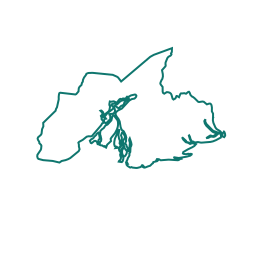 map outline of Delta Amacuro (orthographic projection), rotated 137°
{"feature_id": "VEN-65", "entity_name": "Delta Amacuro", "entity_type": "State", "adm_level": 1, "iso_a3": "VEN", "parent_name": "Venezuela", "parent_adm1": "", "projection": "orthographic", "projection_center": [-61.33, 8.902], "detail": "fine", "context": "isolated", "style": "outline", "palette": "teal", "viewbox_px": 256, "rotation_deg": 137, "n_neighbors": 0, "source": "natural_earth", "source_scale": "10m", "svg_char_len": 5896}
<svg xmlns="http://www.w3.org/2000/svg" viewBox="0 0 256 256"><g transform="rotate(137 128 128)"><path d="M201.7,149.5L205.5,155.2L212.0,162.4L214.6,166.5L214.5,167.8L213.7,169.2L212.5,170.2L206.8,171.5L205.8,172.0L203.5,174.0L203.1,175.0L203.2,177.4L202.4,178.3L201.9,180.8L201.3,181.9L200.2,182.5L196.4,182.4L195.1,182.8L191.7,185.7L188.8,186.9L186.5,189.6L169.2,190.0L167.7,191.0L165.8,191.6L159.1,196.2L157.5,198.0L155.4,199.8L154.3,200.3L153.5,200.0L143.6,188.4L142.7,188.1L139.3,188.5L136.8,190.7L135.2,191.2L132.7,191.2L130.9,192.4L129.5,192.7L128.1,193.9L125.7,194.9L122.9,195.4L121.4,196.0L119.5,195.3L116.3,192.5L102.9,177.3L101.1,173.1L100.8,171.7L101.3,166.7L63.2,164.9L59.2,163.9L41.4,156.4L44.1,153.7L45.7,153.2L45.9,152.3L46.6,152.0L47.5,151.9L49.9,152.5L51.5,152.3L55.8,150.3L57.1,149.1L57.5,148.3L58.5,147.6L63.7,147.1L65.7,143.8L67.3,141.9L69.4,140.5L71.0,140.1L73.2,139.1L74.0,138.5L74.4,137.6L74.7,134.4L77.9,130.9L78.4,129.8L78.1,128.4L75.2,127.8L74.2,126.7L73.4,125.3L73.2,123.8L73.6,122.5L75.4,119.0L75.3,117.8L73.2,117.3L70.7,118.3L70.3,117.9L69.7,115.7L66.7,117.1L65.7,117.2L64.4,116.0L63.1,115.1L62.2,113.5L59.3,113.3L58.7,112.9L58.8,111.9L59.8,109.4L59.7,107.2L59.3,106.3L59.0,104.5L58.8,99.3L58.3,98.5L55.5,96.6L54.7,95.5L54.2,91.5L52.0,90.5L51.2,89.7L51.1,88.7L51.4,87.7L52.7,85.7L55.3,83.0L56.0,80.5L58.7,77.6L58.6,76.6L59.0,77.4L60.7,75.7L62.0,73.6L63.7,68.8L63.9,66.8L62.8,62.8L62.9,60.5L64.0,61.4L65.0,62.8L67.3,67.2L67.7,68.6L67.9,77.5L67.1,80.1L65.4,81.7L67.5,81.0L68.7,78.9L69.2,76.1L68.8,68.3L68.5,66.9L66.7,63.1L71.4,63.9L72.7,66.2L73.3,66.5L76.5,67.1L77.0,67.1L77.1,66.8L75.9,66.0L73.3,65.3L71.4,63.1L70.4,62.6L69.6,62.4L65.9,62.3L65.1,61.9L64.1,61.0L65.4,58.7L66.6,57.7L71.9,59.1L75.0,60.3L77.2,61.6L83.4,66.5L84.6,67.5L86.4,70.0L89.2,72.0L89.4,73.3L90.5,74.8L89.8,77.3L88.6,79.6L88.3,80.9L88.7,80.9L90.4,77.4L91.3,74.0L92.4,74.1L94.7,77.9L94.3,79.1L94.7,84.3L95.2,83.1L95.5,81.7L95.4,78.2L94.1,76.1L93.5,74.0L91.3,73.1L89.4,69.8L91.8,69.6L94.1,70.1L99.0,71.6L104.0,72.7L105.2,71.9L104.9,71.0L103.4,69.2L101.5,68.1L101.3,67.1L100.4,66.9L99.6,66.2L99.2,65.5L99.5,65.2L101.3,65.3L104.6,67.0L111.3,71.4L114.6,75.6L114.3,73.8L112.8,71.9L112.4,70.8L110.5,70.1L109.6,69.1L109.8,68.9L110.7,69.7L112.7,70.0L113.5,70.4L119.8,77.1L126.1,82.1L126.7,84.1L128.0,85.5L128.9,85.2L127.9,83.9L129.3,83.9L132.7,85.8L133.8,85.2L134.2,85.4L137.5,85.3L139.8,86.4L142.2,87.3L143.2,88.0L143.6,89.1L143.0,88.8L142.7,88.2L142.7,90.8L143.2,91.2L144.6,90.8L145.7,91.0L148.3,92.4L149.3,93.2L151.7,96.0L152.1,97.0L153.4,97.6L154.2,100.5L154.1,102.1L153.4,103.3L153.1,102.5L152.6,102.0L151.8,104.7L150.1,105.2L148.6,106.1L146.6,106.6L145.3,107.2L144.6,108.3L142.7,108.9L139.3,112.2L137.9,112.7L136.7,113.5L135.5,115.4L133.8,119.2L134.7,118.9L135.6,118.1L136.7,115.9L141.8,111.3L143.3,110.4L143.6,111.5L141.9,113.6L141.5,115.5L140.7,117.0L140.7,118.2L140.4,118.8L138.5,119.6L136.3,122.0L135.9,122.0L134.6,124.3L133.5,127.9L133.4,128.9L133.9,130.8L132.9,133.5L129.6,138.5L128.8,141.2L128.5,144.2L127.8,146.5L126.3,147.7L123.6,147.7L119.2,146.4L108.3,147.2L105.6,146.6L103.2,145.1L101.9,145.1L100.7,145.3L99.8,146.0L99.7,147.2L100.3,147.9L103.6,149.8L106.5,150.5L107.4,151.6L109.8,151.1L111.5,153.0L113.1,153.5L113.8,154.6L115.0,154.8L118.5,154.2L119.1,154.6L120.2,157.2L122.5,158.8L123.2,159.8L125.1,158.4L125.9,157.6L126.6,155.8L129.6,153.7L130.9,153.4L134.9,153.7L137.8,153.2L139.2,153.2L139.3,154.1L138.3,155.0L136.0,155.4L135.5,156.5L135.5,158.6L135.7,159.1L136.4,159.4L136.4,157.2L136.7,156.1L137.7,155.4L139.6,155.3L140.2,153.6L141.3,152.5L141.6,149.2L142.4,148.5L143.5,149.0L146.0,148.3L160.0,146.7L161.1,147.4L162.4,148.8L164.1,149.8L169.2,150.2L173.2,151.2L174.3,151.1L175.2,149.4L176.5,148.0L177.9,145.5L179.9,144.7L190.7,145.4L193.2,146.1L195.6,147.1L199.0,149.1L201.7,149.5ZM141.0,133.1L146.7,132.3L148.1,131.9L149.4,130.0L154.6,130.0L157.4,128.6L157.7,129.5L157.1,130.2L157.5,130.8L158.4,131.1L158.8,132.9L159.6,133.7L160.3,135.1L158.0,136.8L156.5,136.9L155.1,138.1L153.3,141.1L152.8,142.4L150.4,144.6L148.0,144.8L145.8,144.5L142.8,145.2L140.6,144.5L135.0,144.9L131.3,147.3L130.3,147.3L129.8,146.8L130.4,140.8L131.2,139.3L133.0,137.2L134.9,135.7L137.1,134.5L141.0,133.1ZM139.8,146.4L141.1,146.8L141.3,148.5L140.5,149.9L139.1,150.6L137.7,149.8L137.6,150.7L138.2,152.1L133.0,152.9L126.4,152.3L124.0,152.4L125.5,149.7L126.7,148.8L128.3,148.5L129.6,148.9L131.6,150.5L133.0,151.1L132.1,150.1L132.3,149.5L134.7,146.8L135.4,146.6L139.8,146.4ZM145.8,120.1L147.2,119.7L148.5,120.1L150.8,121.8L149.2,122.2L150.1,123.7L149.2,125.5L147.5,127.2L144.9,129.1L136.6,132.7L135.1,133.0L139.8,129.4L141.9,126.2L142.6,124.2L144.7,122.4L145.0,120.7L145.8,120.1ZM116.6,148.2L117.8,148.8L121.3,148.8L121.8,150.0L122.0,152.4L122.7,153.2L124.6,154.2L124.4,156.1L123.6,156.4L122.6,156.0L121.1,154.9L120.6,153.6L119.8,152.7L115.9,152.8L113.9,152.4L111.7,150.7L110.4,150.1L109.2,150.0L107.2,149.2L107.5,148.6L111.2,149.1L113.5,149.0L115.0,148.1L116.6,148.2ZM155.7,139.6L157.8,139.3L161.0,136.7L161.2,136.9L160.3,138.8L160.3,140.1L160.8,141.1L161.6,141.5L165.0,141.7L165.4,142.5L164.6,144.7L162.5,144.8L161.1,144.3L159.8,144.3L158.6,144.6L155.9,144.6L155.0,145.0L152.8,144.9L152.7,144.3L155.7,139.6ZM135.5,128.7L134.8,128.1L135.9,124.2L136.5,123.2L140.7,121.8L144.1,117.7L145.1,117.1L146.6,117.0L150.0,115.8L149.8,117.5L149.6,117.9L149.6,117.5L149.1,118.6L148.5,119.1L146.4,119.2L145.3,119.5L144.3,120.2L139.1,125.1L138.1,127.4L135.5,128.7ZM148.7,114.5L147.7,115.6L144.5,116.7L143.2,117.5L144.3,115.3L144.7,111.5L146.6,110.2L148.7,109.6L149.9,109.6L150.4,110.4L150.3,111.6L149.9,112.8L148.7,114.9L148.7,114.5ZM152.1,108.9L154.4,107.4L155.8,107.3L157.7,109.7L157.0,110.0L155.1,109.9L153.4,111.0L152.5,113.1L151.7,114.1L150.4,114.5L151.4,110.0L152.1,108.9ZM63.9,55.7L64.5,57.1L64.2,58.0L62.8,59.3L60.3,59.9L60.3,59.1L61.1,57.4L62.2,56.1L63.9,55.7Z" fill="none" stroke="#0f766e" stroke-width="2"/></g></svg>